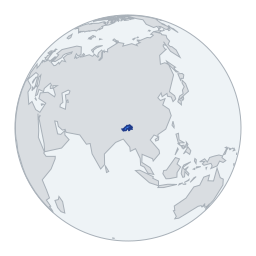 Arunachal Pradesh on an orthographic globe, rotated 351°
{"feature_id": "IND-3299", "entity_name": "Arunachal Pradesh", "entity_type": "State", "adm_level": 1, "iso_a3": "IND", "parent_name": "India", "parent_adm1": "", "projection": "orthographic", "projection_center": [94.95, 28.008], "detail": "fine", "context": "on_globe", "style": "filled", "palette": "blue", "viewbox_px": 256, "rotation_deg": 351, "n_neighbors": 0, "source": "natural_earth", "source_scale": "10m", "svg_char_len": 12600}
<svg xmlns="http://www.w3.org/2000/svg" viewBox="0 0 256 256"><g transform="rotate(351 128 128)"><circle cx="128" cy="128" r="113" fill="#eef3f6" stroke="#a8b0b8"/><path d="M175.0,25.7L172.9,25.2L176.4,29.1L181.0,31.9L177.3,30.3L188.4,37.1L192.5,41.6L185.7,35.6L183.3,34.4L185.0,36.8L183.0,36.1L182.7,37.0L180.1,36.1L176.3,33.0L174.5,32.5L175.8,34.3L174.1,34.8L172.4,32.1L169.1,32.8L162.2,28.4L159.7,23.4L153.7,21.4L145.5,17.6L144.1,17.7L140.1,16.7L137.0,16.6L136.4,16.2L134.4,16.5L135.6,16.8L135.1,17.1L133.4,17.2L132.3,16.6L133.0,16.5L131.8,16.4L132.0,16.2L130.9,16.3L129.8,15.8L128.3,16.4L125.3,16.2L125.2,15.9L128.6,15.7L135.6,15.6L143.7,16.5L151.8,17.9L159.7,19.9L167.5,22.5L175.0,25.7ZM121.4,15.6L121.7,15.5L117.9,15.8L113.7,16.3L121.4,15.6ZM177.9,27.0L178.1,27.1L177.5,26.9L176.0,26.2L177.5,26.8L177.9,27.0ZM184.8,34.3L183.6,33.0L185.5,34.5L184.8,34.3ZM183.1,37.4L184.1,38.0L183.5,38.2L183.1,37.4ZM123.5,15.5L123.7,15.4L122.7,15.5L122.8,15.5L123.5,15.5ZM125.2,15.4L126.2,15.4L127.0,15.4L126.4,15.4L125.2,15.4ZM178.9,37.1L177.7,37.4L178.3,36.5L178.9,37.1ZM123.7,15.5L128.4,15.4L129.9,15.4L128.7,15.6L123.7,15.5ZM176.5,37.3L173.5,38.4L175.5,39.8L168.3,36.8L173.2,36.7L173.7,35.2L174.8,36.6L176.5,37.3ZM136.7,17.0L135.4,16.5L138.1,16.9L136.7,17.0ZM138.6,17.2L147.5,18.4L148.6,19.3L145.4,18.6L148.1,19.8L144.2,19.6L141.9,18.9L141.9,18.3L140.4,18.7L138.6,17.2ZM164.8,35.1L163.5,35.1L164.1,34.6L164.8,35.1ZM135.2,17.3L136.9,17.4L138.0,18.1L134.7,18.1L135.4,17.8L135.2,17.3ZM150.7,20.4L150.9,21.0L147.9,21.0L147.5,21.3L144.2,19.7L150.7,20.4ZM134.3,17.7L133.1,18.1L131.0,17.8L133.6,17.3L134.3,17.7ZM139.6,18.3L140.0,18.7L138.7,18.5L139.6,18.3ZM122.9,17.6L124.9,17.4L125.7,17.7L122.9,17.6ZM132.7,18.3L133.5,18.3L134.0,18.5L132.8,18.7L132.7,18.3ZM142.3,19.9L141.0,19.8L143.5,20.5L141.3,20.6L139.5,19.6L139.4,20.1L138.7,20.2L138.0,19.3L142.3,19.9ZM133.1,19.5L130.0,18.6L126.1,18.6L125.3,18.3L131.8,18.3L133.1,19.5ZM136.0,19.5L134.0,19.4L134.1,18.9L135.5,18.7L136.0,19.5ZM140.5,21.2L144.3,21.2L144.6,21.4L140.5,21.2ZM131.9,19.6L132.7,19.9L131.6,19.7L131.9,19.6ZM137.8,20.7L139.1,20.7L139.4,20.9L137.8,20.7ZM133.1,20.5L132.1,20.1L133.0,19.9L133.1,20.5ZM135.3,20.7L135.3,21.1L134.0,20.0L135.8,20.6L135.3,20.7ZM137.9,21.0L138.4,21.2L137.3,21.0L137.9,21.0ZM130.2,21.7L128.3,20.5L130.3,19.9L131.9,21.2L130.2,21.7ZM33.5,66.7L38.2,61.8L36.6,65.4L38.7,71.0L38.4,72.8L34.8,76.8L33.7,89.0L37.3,86.8L39.7,95.4L43.4,98.7L50.7,90.6L44.6,85.0L46.9,79.6L54.5,80.2L60.3,85.7L61.4,83.8L60.5,77.0L64.8,75.1L60.6,74.4L60.1,77.0L57.5,76.8L57.8,74.5L59.2,73.8L58.3,71.6L51.5,75.8L50.3,78.8L46.1,76.0L43.7,80.9L41.6,81.8L44.8,73.8L46.6,71.8L50.2,62.0L47.8,63.9L44.3,73.3L44.1,71.8L40.9,74.9L43.2,71.4L47.7,61.1L45.8,58.8L38.3,63.4L38.3,61.9L40.5,58.2L48.2,50.6L47.5,54.7L50.2,52.5L54.7,47.5L54.1,49.4L55.8,48.0L55.9,49.5L60.4,48.3L61.1,49.8L67.0,46.3L68.2,46.7L64.4,48.5L62.2,50.8L64.6,54.9L66.3,54.8L69.9,52.4L70.1,54.0L73.2,51.1L76.7,52.7L75.1,48.6L79.3,46.1L83.6,45.6L84.7,44.1L77.7,45.0L75.2,46.1L73.5,48.1L66.3,51.0L64.6,50.4L71.0,44.9L69.3,43.5L75.1,40.2L90.3,39.1L94.6,40.6L93.1,48.1L89.8,49.0L88.6,46.6L85.9,51.1L87.9,49.6L88.1,51.2L92.2,49.6L92.5,50.6L95.8,47.5L96.6,48.6L94.5,50.5L101.2,49.6L104.1,51.6L105.4,51.0L106.1,49.7L109.3,53.4L110.1,52.8L109.4,51.3L110.7,49.1L114.1,46.9L115.0,48.3L113.9,49.3L113.0,53.7L109.8,56.4L110.6,56.8L113.5,54.8L114.7,49.3L116.5,47.6L116.4,50.1L116.6,49.0L117.8,48.7L119.8,49.7L120.1,47.0L131.9,42.0L137.1,43.8L135.7,46.3L144.9,45.3L150.0,48.1L149.3,46.6L153.3,45.6L151.7,44.7L151.7,43.9L161.2,41.6L164.1,42.4L167.5,40.4L167.1,39.8L165.1,39.0L168.3,36.8L175.5,39.8L175.9,41.1L180.1,42.4L180.5,45.4L182.7,48.7L180.6,51.7L182.6,54.3L184.0,54.5L187.8,58.5L190.5,66.4L182.0,58.9L176.6,48.3L178.3,52.3L176.0,51.2L175.5,52.6L176.8,55.7L178.1,56.2L170.6,61.2L170.0,70.1L174.6,69.3L178.0,71.7L181.3,82.7L174.6,98.7L179.1,103.4L179.7,106.7L176.6,109.0L175.6,104.2L172.0,102.8L171.9,99.9L166.6,102.5L166.2,98.5L162.2,102.8L164.3,105.9L169.2,104.8L165.9,110.7L171.5,115.9L172.6,122.6L165.1,135.0L156.6,139.1L156.2,141.2L152.6,139.0L148.1,143.3L155.2,154.7L155.2,158.1L147.7,164.6L147.5,162.2L137.8,156.2L136.3,164.1L143.6,170.6L146.2,177.9L140.6,175.7L138.0,169.2L134.6,166.8L135.3,160.0L132.2,149.6L126.6,151.4L126.8,147.2L121.6,138.2L113.5,140.3L100.6,150.0L99.2,160.4L94.6,164.2L88.5,147.9L88.2,137.4L84.4,137.5L79.3,127.3L66.2,122.6L65.7,119.5L62.9,119.8L59.5,115.5L59.3,110.5L56.7,109.6L57.6,122.8L60.6,123.8L65.1,120.8L64.6,125.1L68.0,130.3L59.3,137.4L42.0,138.4L42.7,130.3L41.6,104.3L43.0,102.3L43.1,102.0L43.2,101.5L40.7,104.5L41.3,99.7L39.4,116.7L38.0,123.2L41.7,138.7L40.8,139.5L42.7,143.2L51.7,144.6L51.2,147.1L45.6,156.5L35.2,165.8L37.9,176.8L39.5,184.8L36.1,186.4L39.4,193.2L38.1,193.3L40.0,196.7L40.7,198.6L40.7,199.1L35.2,191.9L30.4,184.3L26.2,176.3L22.7,167.9L19.8,159.4L19.1,156.6L17.8,150.3L15.6,133.5L15.9,127.1L16.0,123.0L15.7,121.5L16.0,116.6L16.1,115.1L16.2,114.5L17.5,106.0L19.5,97.7L22.1,89.6L25.3,81.7L29.1,74.0L33.5,66.7ZM32.1,69.1L31.0,70.8L32.1,69.1ZM64.1,96.6L69.1,99.7L71.0,92.6L73.1,93.3L72.9,90.8L71.1,92.1L71.4,85.5L75.0,85.1L76.5,82.4L74.9,81.2L68.2,83.2L67.7,92.5L64.8,94.2L64.1,96.6ZM65.1,39.9L63.8,41.3L61.7,42.4L60.7,41.4L63.8,39.8L65.1,39.9ZM62.4,43.3L69.1,38.6L69.9,39.3L68.3,39.6L68.2,40.6L65.6,41.4L59.9,47.0L57.7,48.4L57.1,45.3L58.5,45.5L59.7,43.9L62.4,43.3ZM84.5,28.0L87.4,26.7L85.6,29.8L83.1,30.7L81.9,29.6L84.2,27.8L84.5,28.0ZM120.6,16.2L121.9,16.0L122.2,16.1L121.4,16.3L120.6,16.2ZM123.8,17.5L115.6,17.2L116.6,16.9L110.6,17.4L110.8,17.0L114.7,16.6L110.4,16.9L114.0,16.3L110.8,16.7L119.5,15.8L122.5,15.6L119.0,16.0L118.7,16.3L119.4,16.4L123.9,16.6L130.4,16.6L131.1,17.2L129.9,17.7L128.4,17.7L128.4,17.3L126.5,17.7L125.4,17.1L123.8,17.5ZM115.2,26.4L115.8,25.2L111.7,27.3L110.6,26.2L110.2,26.5L108.0,26.2L104.7,26.4L104.7,25.8L103.4,26.1L102.0,26.0L100.2,26.4L99.6,25.5L97.4,25.9L98.3,25.3L94.7,26.3L97.1,25.2L95.4,25.1L94.0,26.2L94.8,22.1L93.3,21.7L90.7,22.1L95.2,20.5L100.4,19.3L105.5,18.8L106.3,19.6L108.2,18.9L109.1,19.1L107.2,19.6L110.7,19.1L111.0,19.4L115.4,19.9L120.3,19.3L122.0,19.5L120.3,20.0L123.2,20.0L121.1,21.1L122.3,21.3L121.5,22.9L117.4,23.8L119.0,24.0L118.5,25.4L115.2,26.4ZM129.8,22.1L125.2,23.2L122.3,23.1L125.0,20.6L124.2,20.2L125.9,18.8L130.0,19.0L129.2,19.3L129.3,19.7L128.0,19.5L129.2,19.9L128.0,20.5L128.6,21.0L127.0,21.2L129.8,22.1ZM40.2,72.1L40.3,73.1L41.0,74.1L39.0,76.2L40.2,72.1ZM43.1,65.1L43.5,65.4L41.0,68.6L40.8,67.7L43.1,65.1ZM45.9,63.2L43.7,65.2L44.8,63.6L45.9,63.2ZM65.0,48.9L65.7,49.3L65.0,50.0L63.6,50.5L65.0,48.9ZM102.9,33.7L103.7,32.7L104.4,32.7L107.9,31.1L109.0,32.0L107.3,33.3L102.9,33.7ZM48.5,91.3L46.1,92.0L46.1,90.7L46.9,90.7L48.5,91.3ZM41.4,83.8L42.0,86.6L40.8,84.3L41.4,83.8ZM104.7,34.4L105.9,33.6L105.7,34.5L104.7,34.4ZM110.0,32.5L110.0,33.5L109.5,31.9L110.0,32.5ZM95.3,234.0L97.6,234.9L95.9,234.6L95.3,234.0ZM51.9,190.5L52.3,202.1L48.8,200.2L46.1,195.7L44.5,188.1L48.0,187.8L49.1,184.8L51.9,190.5ZM173.2,192.2L176.3,192.1L176.2,192.6L173.2,192.2ZM170.0,191.1L173.6,190.8L169.3,192.1L170.0,191.1ZM175.0,190.6L178.7,189.2L180.3,188.3L179.9,189.2L175.0,190.6ZM167.5,191.4L153.7,192.4L148.2,191.5L149.6,189.8L158.5,189.8L167.5,191.4ZM149.1,189.8L140.6,185.4L128.7,171.2L133.0,171.5L145.4,180.1L144.6,181.5L149.8,185.1L149.1,189.8ZM169.5,179.7L168.6,184.2L161.1,184.5L157.6,184.1L155.3,178.6L156.6,175.6L159.4,175.6L170.2,164.6L174.0,166.6L170.8,171.2L173.9,174.7L169.5,179.7ZM99.6,161.4L102.2,167.9L99.8,168.6L99.6,161.4ZM174.3,157.0L170.2,162.0L173.9,155.6L174.3,157.0ZM176.4,151.1L176.8,153.3L174.9,151.3L176.4,151.1ZM156.3,144.5L153.3,145.2L153.1,143.5L156.9,141.7L156.3,144.5ZM173.5,128.3L173.9,133.2L173.5,135.0L171.9,132.1L173.5,128.3ZM115.9,42.6L109.9,43.8L106.3,45.6L105.4,48.0L104.1,45.3L109.6,42.4L115.9,42.6ZM129.8,41.8L130.6,40.0L132.0,40.7L132.0,41.2L129.8,41.8ZM129.1,40.8L126.8,38.8L128.3,37.8L129.8,39.5L129.1,40.8ZM115.5,36.1L113.6,36.3L113.9,35.4L115.5,36.1ZM191.5,220.6L193.2,218.7L196.3,217.0L193.5,219.3L191.5,220.6ZM185.0,216.3L164.1,225.0L160.0,225.0L161.9,222.8L159.9,216.8L161.3,216.8L161.5,212.3L174.3,206.3L183.8,196.5L189.9,195.7L195.1,188.4L201.1,187.2L198.7,192.6L204.2,193.7L209.7,181.5L211.3,191.5L214.1,193.4L212.8,199.2L201.3,212.5L196.3,216.3L196.2,215.9L193.9,217.6L191.5,218.4L191.7,216.0L189.4,217.6L192.3,214.6L188.7,217.6L188.1,216.1L185.0,216.3ZM226.8,179.9L227.2,179.7L227.3,180.5L226.7,181.1L226.8,179.9ZM231.2,170.7L231.2,171.1L231.0,171.6L231.2,170.7ZM231.1,170.7L231.6,169.3L231.3,170.4L231.1,170.7ZM229.7,167.2L230.1,166.3L230.2,166.6L229.7,167.2ZM180.9,191.4L185.4,187.4L187.7,186.7L180.9,191.4ZM229.3,166.3L228.4,166.9L228.6,166.2L229.3,166.3ZM229.5,164.8L229.5,164.0L229.9,165.6L229.5,164.8ZM227.9,164.2L228.9,164.9L227.8,164.4L227.9,164.2ZM227.2,164.9L226.3,164.7L226.4,164.4L227.2,164.9ZM216.2,172.0L219.5,175.5L216.5,176.9L213.3,175.0L210.2,179.3L203.5,181.0L205.2,178.6L204.4,175.9L197.2,176.7L195.8,175.1L198.4,173.1L193.5,172.6L198.9,170.4L201.0,174.0L204.1,169.9L209.0,169.2L213.6,168.9L217.1,170.4L216.2,172.0ZM198.7,179.4L199.6,179.2L198.8,180.6L198.7,179.4ZM224.7,163.6L225.9,164.7L225.8,165.3L225.1,165.4L224.7,163.6ZM217.9,169.4L221.8,164.3L222.6,163.9L220.0,168.9L217.9,169.4ZM221.0,162.5L222.6,162.2L223.4,163.6L223.1,164.3L221.0,162.5ZM187.7,178.2L187.4,179.4L186.0,178.8L187.7,178.2ZM189.6,177.1L193.9,177.5L189.2,178.2L189.6,177.1ZM176.0,175.4L177.3,178.0L181.6,175.6L178.3,178.6L181.1,182.6L180.1,184.4L177.4,180.0L176.2,185.1L174.4,185.3L173.4,181.2L175.4,175.7L177.3,173.3L184.8,171.2L176.0,175.4ZM189.6,173.8L188.4,170.9L189.3,168.6L190.5,170.0L189.6,173.8ZM184.8,163.7L181.5,160.4L178.7,162.3L184.3,156.1L186.5,160.3L184.8,163.7ZM181.8,155.8L179.1,157.5L181.8,153.9L181.8,155.8ZM178.4,156.3L177.9,153.7L180.1,153.7L178.4,156.3ZM183.2,155.7L183.4,151.0L184.7,153.5L183.2,155.7ZM176.6,147.7L181.5,151.5L175.4,150.5L174.4,141.6L177.0,141.1L176.6,147.7ZM186.4,109.3L185.4,106.8L187.5,105.9L187.6,107.8L186.4,109.3ZM193.5,101.2L187.8,104.8L183.0,108.1L184.8,109.0L184.4,113.5L181.3,109.9L184.1,104.5L187.8,102.8L187.7,99.1L190.0,96.1L188.4,91.8L189.2,89.6L191.8,93.2L193.5,101.2ZM187.6,90.0L185.7,82.3L190.0,82.6L191.4,84.3L190.4,87.6L188.2,87.3L187.6,90.0ZM186.5,80.6L184.3,80.2L177.0,69.9L176.5,67.9L184.4,75.4L182.8,75.6L183.8,78.2L186.5,80.6ZM164.3,35.8L163.6,35.1L164.8,35.6L164.3,35.8ZM150.8,43.4L150.9,42.5L152.4,42.9L150.8,43.4ZM152.3,40.2L150.5,40.4L152.0,39.6L152.3,40.2ZM146.5,41.0L149.6,40.1L147.2,41.8L146.5,41.0Z" fill="#d9dde1" stroke="#a8b0b8" stroke-width="1"/><path d="M130.3,126.1L130.6,126.0L130.7,126.3L130.8,126.4L130.8,126.5L130.7,126.6L130.5,126.9L130.4,127.1L130.5,127.3L130.6,127.2L130.8,127.1L131.1,127.1L131.4,127.3L131.5,127.3L131.7,127.2L131.7,127.3L131.9,127.4L132.0,127.5L132.1,127.8L132.2,128.0L131.9,128.2L131.9,128.3L131.7,128.4L131.7,128.5L131.4,128.7L131.3,128.8L131.4,129.0L131.7,129.5L131.8,129.6L131.8,129.8L131.7,129.8L131.6,129.7L131.3,129.6L131.3,129.4L131.2,129.4L131.0,129.2L131.0,129.3L130.9,129.3L130.7,129.4L130.1,129.5L129.9,129.6L129.7,129.8L129.5,130.0L129.4,130.1L129.2,130.2L129.1,130.3L128.9,130.4L128.9,130.5L128.6,130.6L128.5,130.4L128.4,130.3L128.4,130.2L128.5,130.2L128.4,130.0L128.4,129.9L128.5,129.9L128.8,129.7L129.0,129.5L129.0,129.4L129.1,129.5L129.5,129.4L129.8,129.4L129.9,129.2L129.7,129.1L129.6,128.9L129.5,128.7L129.4,128.6L129.5,128.5L129.7,128.3L129.7,128.2L129.8,128.0L129.3,128.0L129.1,128.1L128.9,128.2L128.8,128.3L128.7,128.3L128.7,128.2L128.5,128.3L128.0,128.5L127.7,128.6L127.4,128.7L127.3,128.8L127.2,128.8L126.9,128.8L126.8,128.7L126.7,128.7L126.7,128.8L126.8,128.9L126.5,129.2L126.4,129.3L126.1,129.6L126.0,129.8L125.9,129.9L125.8,130.0L125.7,130.0L125.4,130.1L125.2,130.0L124.6,130.0L124.4,129.9L124.1,129.8L123.9,129.9L123.7,130.0L123.4,130.1L123.2,130.1L123.0,129.9L122.9,129.9L122.8,129.7L122.9,129.4L123.0,129.4L122.9,129.0L122.7,129.0L122.4,129.0L122.2,128.9L122.1,128.7L122.2,128.4L122.1,128.2L122.3,128.2L122.4,128.3L122.6,128.3L122.6,128.5L122.8,128.5L122.9,128.4L123.0,128.4L123.3,128.2L123.4,128.3L123.5,128.3L123.8,128.3L123.9,128.2L124.0,128.2L124.1,127.9L124.1,127.7L124.3,127.6L124.5,127.5L124.6,127.4L124.9,127.4L125.0,127.3L125.0,127.2L125.2,126.9L125.4,126.7L125.6,126.7L125.8,126.6L126.0,126.7L126.3,126.6L126.4,126.4L126.5,126.3L126.6,126.2L126.8,126.2L127.0,126.0L126.8,125.9L127.0,125.7L127.3,125.6L127.4,125.4L127.5,125.4L127.6,125.5L127.8,125.7L128.1,125.7L128.2,125.8L128.3,125.8L128.5,125.9L128.7,126.0L128.8,126.0L128.9,125.9L129.0,125.8L129.0,125.7L129.3,125.6L129.4,125.4L129.5,125.4L129.9,125.3L130.0,125.3L130.1,125.5L130.3,125.6L130.2,125.8L130.1,126.0L130.3,126.1Z" fill="#3b82f6" stroke="#1e3a8a" stroke-width="1.5"/></g></svg>